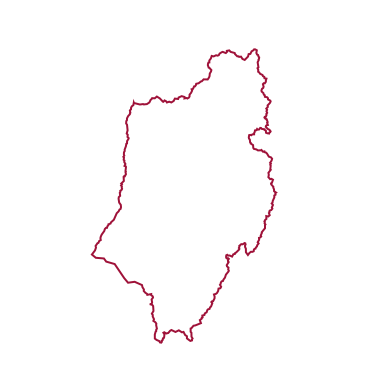 Calingasta, San Juan, Argentina, rotated 194°
{"feature_id": "61730980B6490927359782", "entity_name": "Calingasta", "entity_type": "district", "adm_level": 2, "iso_a3": "ARG", "parent_name": "Argentina", "parent_adm1": "San Juan", "projection": "orthographic", "projection_center": [-70.115, -31.449], "detail": "fine", "context": "isolated", "style": "outline", "palette": "rose", "viewbox_px": 384, "rotation_deg": 194, "n_neighbors": 0, "source": "geoboundaries", "source_scale": "gbopen_adm2", "svg_char_len": 6060}
<svg xmlns="http://www.w3.org/2000/svg" viewBox="0 0 384 384"><g transform="rotate(194 192 192)"><path d="M186.7,38.3L185.4,38.4L185.0,39.4L185.4,40.4L184.6,41.4L184.8,42.5L184.7,43.1L184.1,43.3L183.9,44.3L184.3,47.2L185.7,48.5L185.0,49.2L182.7,48.5L180.9,49.5L179.7,52.0L178.6,53.1L174.2,52.2L171.3,54.6L167.8,53.4L166.4,54.2L164.1,51.6L162.0,50.8L161.5,48.7L157.6,47.1L156.1,48.0L156.4,48.9L156.0,50.0L157.5,51.5L158.5,55.3L159.5,56.0L160.3,59.2L159.6,59.7L158.2,62.6L156.6,63.3L151.6,66.9L153.4,69.6L151.9,71.5L152.1,72.4L151.4,72.9L152.1,74.6L150.2,75.7L150.2,77.3L148.7,78.8L148.6,81.0L148.1,82.0L146.7,82.8L146.6,84.4L145.8,85.5L145.4,89.0L146.6,89.9L146.1,90.8L145.1,91.2L144.4,94.2L144.7,95.9L145.9,97.9L144.1,99.0L143.3,100.1L142.7,102.3L142.9,104.7L141.2,105.5L140.8,107.1L142.4,108.7L142.0,109.6L142.1,111.2L141.6,112.5L140.4,113.2L140.3,114.6L139.3,116.9L139.1,120.0L137.3,123.9L137.3,124.7L138.1,125.5L138.3,127.4L140.0,128.3L140.6,129.4L139.5,132.8L140.1,133.0L140.6,134.4L140.1,136.0L141.1,136.5L141.7,135.9L142.5,136.1L143.2,137.1L143.4,138.9L142.6,139.6L141.6,139.0L140.1,139.5L137.5,139.0L136.8,141.6L135.4,142.3L135.4,143.2L134.6,143.9L132.3,147.7L132.3,148.4L133.0,149.0L132.7,150.5L133.1,151.1L131.6,153.3L130.2,153.5L128.6,155.2L127.9,155.1L127.3,154.0L127.6,152.9L127.2,151.5L126.0,150.0L125.1,146.6L122.5,144.4L121.5,146.8L120.3,148.3L119.0,148.5L117.8,149.4L118.0,151.1L117.6,151.9L116.7,152.4L116.6,153.5L115.8,155.0L115.9,156.0L114.9,158.2L116.1,159.1L115.3,161.9L115.9,163.7L114.8,164.4L114.1,165.6L114.8,166.4L114.3,169.3L114.6,169.8L112.4,174.5L113.2,177.6L112.9,178.3L114.0,179.2L114.1,180.7L114.6,181.0L114.3,182.5L113.3,183.9L114.1,186.6L112.1,186.7L111.0,188.3L112.3,190.2L111.9,191.0L112.3,192.0L112.0,192.8L110.7,193.7L110.0,195.3L110.8,196.3L110.3,199.0L111.9,200.2L111.3,201.2L111.5,202.8L110.8,206.7L111.3,208.5L110.3,209.6L110.9,211.1L110.3,211.8L112.5,212.6L113.1,214.5L114.2,215.9L114.3,216.7L117.0,218.6L117.4,219.5L116.7,220.1L116.4,223.5L118.1,224.0L119.3,223.4L121.5,224.9L121.6,227.2L122.5,229.1L121.0,232.5L121.5,232.7L122.0,236.6L122.7,237.3L122.3,238.6L123.3,239.2L122.4,241.6L122.3,243.6L123.7,244.7L126.0,244.9L128.6,247.5L129.9,248.2L131.3,248.2L131.6,248.9L133.0,248.3L134.8,249.6L135.3,249.1L138.1,248.3L139.8,248.9L142.3,248.8L143.2,249.6L144.1,252.3L146.7,253.2L146.7,253.7L147.6,254.2L148.6,256.9L149.6,257.6L150.1,258.7L150.3,261.0L149.3,261.5L148.2,261.4L147.3,262.6L145.7,263.0L146.0,264.2L145.7,265.0L145.8,267.0L144.5,267.5L144.1,268.9L143.3,268.4L142.0,268.9L141.3,270.7L140.5,270.8L139.5,270.1L136.9,270.4L136.8,269.9L135.2,269.4L134.5,267.4L133.0,267.2L131.3,267.4L131.3,268.4L130.6,269.0L130.4,269.9L131.9,271.1L133.7,271.5L136.2,273.1L136.2,274.0L135.7,274.9L134.6,275.4L135.9,277.4L135.5,278.1L137.1,280.6L137.6,280.5L138.1,281.2L138.7,281.0L139.7,281.7L139.6,282.5L138.5,283.4L138.3,284.8L138.8,285.6L138.2,287.0L139.3,288.4L139.0,289.9L140.1,290.9L139.0,292.9L139.6,294.3L138.0,297.1L137.6,298.8L138.1,299.6L140.6,300.2L141.0,301.4L141.9,302.1L144.3,302.0L144.8,303.5L145.8,303.8L146.7,305.3L148.7,306.3L149.2,307.4L149.0,309.1L148.1,310.2L148.0,311.5L149.3,313.8L148.7,314.9L147.7,315.0L147.0,316.8L147.3,318.0L147.2,320.0L149.2,319.9L149.7,321.2L151.2,321.6L151.9,322.6L154.6,323.2L155.7,324.3L156.9,324.7L157.3,326.6L158.4,328.0L157.7,329.0L159.7,333.8L159.2,336.1L159.5,336.6L159.2,337.4L159.4,338.9L160.2,339.4L161.0,340.9L162.1,341.1L163.2,342.5L163.4,345.2L165.3,345.7L166.3,345.4L166.6,344.5L168.2,342.9L168.8,340.1L170.4,339.5L170.4,337.0L172.8,332.9L175.2,333.3L177.2,335.2L179.0,334.5L179.6,334.9L180.9,334.6L183.6,336.2L184.2,337.2L188.4,337.3L190.1,338.4L192.3,337.4L191.9,336.5L192.8,335.0L196.1,335.4L197.1,334.7L198.7,333.0L199.1,331.3L200.1,330.5L201.7,330.5L203.8,328.8L205.8,328.8L206.0,326.1L207.0,323.8L206.5,321.9L207.4,321.5L207.5,320.2L207.3,318.9L205.9,316.7L205.2,316.7L202.7,315.0L202.7,313.5L203.4,311.3L203.0,308.6L203.2,307.2L204.0,305.0L208.0,304.1L209.2,301.9L210.1,301.4L211.9,299.1L214.1,298.0L214.1,296.5L214.7,295.2L215.5,295.0L216.0,292.3L217.2,291.6L216.4,290.4L216.9,288.0L217.9,285.9L217.5,284.1L217.8,282.9L219.1,281.6L219.9,281.9L221.9,281.0L221.9,282.1L222.2,282.4L225.2,282.5L227.8,280.5L228.0,278.9L231.2,278.5L231.8,275.9L233.7,273.9L236.0,274.1L238.0,272.8L238.9,273.7L240.8,274.2L241.6,272.6L242.1,272.6L245.8,275.0L249.2,276.1L250.8,273.9L253.4,273.4L253.7,272.3L254.4,271.5L255.0,268.6L257.0,266.4L260.0,265.3L260.7,265.5L263.7,264.3L269.9,264.3L270.1,264.6L269.9,262.1L271.1,260.6L271.5,259.2L271.2,257.4L272.0,256.1L271.0,254.0L271.3,253.6L271.1,252.4L272.3,250.3L272.9,247.7L272.5,246.0L272.9,244.9L272.5,242.6L271.3,241.5L269.4,236.2L269.5,232.9L268.2,232.0L267.9,229.8L266.6,229.1L266.4,228.5L267.3,225.7L266.8,223.4L267.4,222.9L267.2,220.4L267.6,216.8L267.2,215.5L267.6,214.1L267.2,212.0L266.5,210.9L267.1,209.5L266.3,208.9L266.1,206.7L265.2,206.2L265.0,204.7L263.4,203.1L263.8,201.0L262.4,200.8L262.1,200.2L261.6,196.2L261.1,195.7L261.3,195.1L260.4,193.3L260.8,191.8L261.4,191.4L261.1,190.8L262.0,190.1L260.8,186.2L262.7,183.1L261.8,182.6L262.4,181.1L261.4,180.5L261.2,179.0L260.6,178.2L260.8,177.1L261.9,175.8L261.5,174.9L261.9,173.9L260.8,170.9L261.8,169.3L261.6,167.7L260.1,164.1L258.0,162.3L257.2,160.1L257.2,158.3L258.1,157.4L258.5,155.5L259.9,153.2L261.1,146.2L263.3,142.9L263.4,141.7L265.3,140.4L265.1,139.5L265.8,138.3L265.8,136.7L266.8,136.4L267.6,135.0L267.7,132.9L269.3,128.9L269.7,126.7L269.7,125.1L268.9,123.3L270.2,122.0L270.5,120.0L271.3,119.5L272.5,116.3L271.7,114.8L272.0,111.8L274.0,107.1L269.4,104.9L261.4,106.2L258.4,103.7L249.6,103.4L236.9,92.0L232.1,88.5L225.9,91.0L218.0,89.6L217.0,87.6L215.1,85.8L214.9,84.3L212.8,82.9L211.0,82.3L210.5,81.4L206.9,83.1L206.7,82.1L204.8,81.2L204.3,80.1L205.2,78.0L204.0,75.2L204.1,73.5L205.9,73.0L203.3,72.9L202.1,71.9L200.6,67.2L201.5,64.2L200.3,63.2L200.0,61.7L198.1,59.4L198.3,57.6L196.1,56.8L194.8,55.7L194.6,54.2L193.0,50.9L193.4,49.8L193.1,48.3L193.5,47.9L193.6,44.7L192.6,40.8L190.6,39.9L187.6,39.4L186.7,38.3Z" fill="none" stroke="#9f1239" stroke-width="2"/></g></svg>